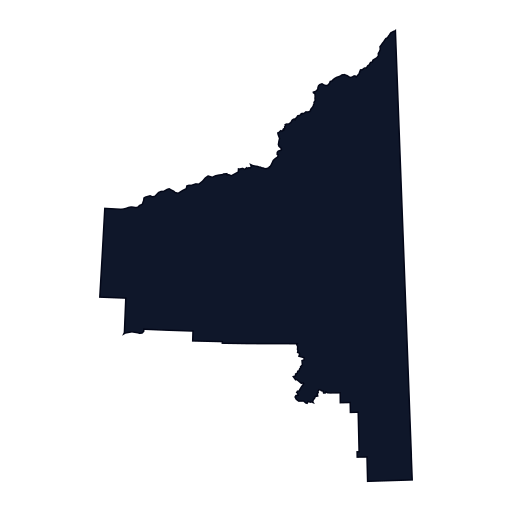 Southeast Fairbanks, Alaska, United States of America
{"feature_id": "52423323B90612116886659", "entity_name": "Southeast Fairbanks", "entity_type": "district", "adm_level": 2, "iso_a3": "USA", "parent_name": "United States of America", "parent_adm1": "Alaska", "projection": "albers", "projection_center": [-143.381, 63.872], "detail": "fine", "context": "isolated", "style": "filled", "palette": "ink", "viewbox_px": 512, "rotation_deg": 0, "n_neighbors": 0, "source": "geoboundaries", "source_scale": "gbopen_adm2", "svg_char_len": 3821}
<svg xmlns="http://www.w3.org/2000/svg" viewBox="0 0 512 512"><path d="M104.8,208.4L102.3,253.8L99.8,297.1L125.8,298.1L124.4,332.6L123.8,333.9L125.3,333.0L131.9,331.8L138.1,332.8L139.5,333.3L142.1,333.0L143.7,331.3L143.8,329.2L167.7,330.2L192.0,331.0L193.0,331.0L192.7,340.9L222.3,341.6L222.3,343.2L248.9,343.6L297.1,343.7L296.6,344.3L297.7,346.5L297.5,349.5L298.0,350.7L297.6,352.4L299.3,353.1L299.6,354.2L298.9,356.2L303.9,357.6L304.2,359.1L303.9,360.0L302.0,360.6L302.4,364.9L300.6,366.7L300.9,367.4L299.6,369.0L299.1,370.8L297.8,371.2L297.2,373.4L295.6,374.0L295.5,376.0L293.3,376.6L295.6,379.8L296.8,379.5L301.3,383.3L303.1,382.9L303.7,383.8L301.3,387.1L298.9,391.2L297.5,391.2L296.7,392.5L297.6,393.1L298.1,395.3L296.0,395.5L295.1,397.0L296.3,399.3L298.7,401.1L303.6,401.0L305.9,403.0L307.1,403.3L308.1,401.4L310.4,402.2L311.2,401.8L313.2,402.6L312.7,401.7L313.2,399.9L314.6,398.2L315.2,396.5L317.7,396.0L317.2,393.2L318.2,392.7L317.9,391.3L318.9,389.7L320.6,389.9L321.3,390.7L323.2,391.1L323.6,393.0L325.2,393.0L325.9,391.8L327.3,392.7L330.1,392.9L340.2,392.8L340.3,402.7L350.2,402.5L350.4,412.4L358.2,412.2L359.1,451.8L357.1,451.8L357.2,457.1L367.0,457.0L367.6,481.3L412.2,479.9L411.3,456.4L411.3,454.7L407.9,364.3L403.9,257.5L399.7,145.9L395.4,30.7L395.3,30.8L393.3,31.5L392.0,32.3L391.1,32.6L390.2,33.7L389.4,35.1L388.6,36.0L387.5,37.8L385.8,38.6L385.2,39.5L384.6,40.3L383.8,41.7L382.5,43.2L381.0,45.5L380.0,46.6L380.3,49.4L379.4,51.7L378.3,53.4L378.4,55.9L376.7,57.9L373.8,59.6L372.9,60.2L372.7,61.3L371.8,62.3L370.5,62.5L369.1,65.0L367.8,65.7L367.3,66.5L366.5,67.9L364.4,68.1L362.2,69.8L360.5,69.9L359.6,72.2L359.1,73.8L357.9,75.1L356.8,76.4L356.3,77.1L355.0,75.9L353.9,76.0L352.2,77.1L349.9,77.5L348.6,76.6L347.1,75.6L345.8,75.2L344.5,74.6L343.3,74.8L342.4,74.8L341.4,75.2L341.2,75.6L339.3,76.5L336.8,77.3L334.8,78.4L333.2,79.6L332.0,81.0L330.2,81.5L329.8,82.8L328.8,84.2L327.4,85.5L325.6,85.5L323.7,84.9L322.0,83.8L319.8,84.6L318.6,85.7L318.0,87.4L317.8,89.2L316.6,90.6L315.5,91.5L314.0,91.9L313.3,92.2L313.5,92.9L314.0,93.1L314.7,93.5L315.0,93.8L315.0,94.9L315.2,96.0L315.1,96.9L315.0,98.7L315.3,100.7L314.6,101.3L314.0,102.5L314.2,103.8L313.4,105.1L313.3,106.1L312.2,107.6L311.0,109.0L310.0,111.4L308.1,112.0L305.8,111.9L304.4,113.2L302.9,113.7L303.0,113.5L302.1,113.4L301.1,113.8L300.5,115.1L299.2,115.5L297.7,115.8L297.1,116.9L296.5,117.6L295.5,118.7L295.0,119.8L294.2,119.0L293.4,119.3L292.2,120.1L290.9,122.5L288.6,124.1L286.3,124.1L285.2,124.7L285.6,125.4L284.6,126.9L284.8,128.1L284.4,128.9L283.7,128.8L283.1,129.4L283.6,130.2L282.0,131.1L280.7,130.7L279.0,132.5L278.0,132.7L277.9,133.7L278.4,135.2L279.0,136.8L279.6,138.4L279.0,140.8L278.7,142.7L278.4,144.5L279.0,146.3L280.7,147.8L281.3,148.6L281.4,149.7L280.5,150.4L278.3,151.1L277.3,152.3L277.2,153.4L277.2,154.4L278.2,154.8L277.7,157.0L275.4,158.5L273.3,160.4L272.3,162.6L271.4,164.5L270.2,166.7L269.6,166.7L269.1,167.2L268.8,167.9L268.0,168.1L267.1,168.4L266.2,168.7L265.2,168.7L264.3,168.5L263.6,168.2L262.9,167.9L261.8,168.0L260.6,167.2L259.3,167.1L257.4,166.4L255.6,166.2L252.7,165.6L250.6,164.6L251.3,166.4L250.4,168.0L248.9,167.7L247.6,168.5L246.8,167.7L244.7,169.4L242.6,168.4L239.5,169.1L238.5,168.9L238.3,172.0L231.3,175.8L228.8,174.7L227.1,174.9L226.9,173.7L223.5,174.0L222.7,174.6L218.7,175.1L215.5,175.8L212.3,177.3L208.1,176.0L205.3,178.0L202.5,181.3L198.8,184.2L195.8,183.9L191.3,185.4L189.0,185.3L186.9,185.9L186.3,188.7L182.8,190.4L178.2,193.3L175.0,192.5L173.7,191.2L171.4,190.1L169.2,188.8L167.2,189.4L163.7,191.4L161.2,191.4L158.6,192.5L156.7,194.5L154.9,196.4L152.3,196.8L150.1,195.8L148.0,196.4L145.5,197.1L144.0,198.0L143.7,200.4L142.3,204.3L139.5,205.5L137.8,207.3L135.8,207.6L132.6,207.1L131.1,207.0L128.8,207.4L126.1,208.4L123.2,209.1L120.8,209.3L104.8,208.4Z" fill="#0f172a" stroke="#020617" stroke-width="1.5"/></svg>